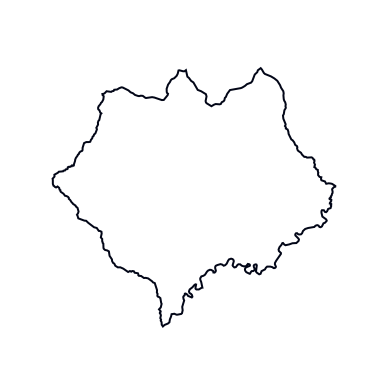 the district of Balboa, Cauca, Colombia, rotated 15°
{"feature_id": "7082276B98120491021397", "entity_name": "Balboa", "entity_type": "district", "adm_level": 2, "iso_a3": "COL", "parent_name": "Colombia", "parent_adm1": "Cauca", "projection": "albers", "projection_center": [-77.202, 2.077], "detail": "fine", "context": "isolated", "style": "outline", "palette": "ink", "viewbox_px": 384, "rotation_deg": 15, "n_neighbors": 0, "source": "geoboundaries", "source_scale": "gbopen_adm2", "svg_char_len": 5996}
<svg xmlns="http://www.w3.org/2000/svg" viewBox="0 0 384 384"><g transform="rotate(15 192 192)"><path d="M88.0,116.2L83.4,116.8L82.2,119.0L81.3,120.0L80.1,120.5L80.6,121.6L81.7,122.1L82.0,122.6L82.4,125.6L81.8,128.3L81.0,129.5L80.8,130.8L79.6,133.4L79.5,135.1L80.1,136.4L81.5,137.1L82.8,139.0L84.1,139.5L83.6,140.6L83.8,146.5L83.3,147.2L83.1,149.2L83.8,151.2L83.0,154.8L83.9,155.9L83.9,156.5L83.5,160.4L82.5,161.8L82.5,163.2L81.7,164.3L81.7,166.0L80.9,167.8L80.7,169.8L79.6,170.4L77.0,171.1L75.1,172.7L74.9,177.6L75.4,179.8L75.3,180.6L73.7,181.9L73.0,183.1L72.8,184.7L72.1,185.5L72.1,186.3L71.0,189.2L70.8,191.0L71.0,192.2L70.8,195.8L71.0,197.0L70.7,197.3L69.3,197.3L69.2,198.3L67.9,198.7L67.6,199.4L66.1,199.7L65.6,200.4L65.9,201.7L65.4,202.3L64.1,202.9L63.7,204.1L62.3,204.7L62.1,205.4L58.1,206.9L57.4,208.2L54.6,210.9L55.2,212.7L53.9,215.3L54.4,216.2L55.5,220.2L56.6,221.8L57.3,221.9L58.1,222.5L59.5,222.8L60.7,221.5L62.6,222.4L63.6,224.1L64.4,224.3L64.7,225.3L65.2,225.8L68.3,226.9L70.3,228.5L71.8,228.4L73.5,228.8L74.5,229.5L74.8,230.5L76.3,231.2L78.5,233.2L79.3,233.5L80.0,234.2L83.1,235.3L83.5,236.0L85.5,236.9L87.5,240.3L87.4,242.0L86.8,243.8L87.4,244.3L89.0,246.9L95.5,247.5L97.2,247.2L99.7,248.6L106.5,251.4L109.3,251.4L112.0,253.7L113.0,253.5L114.8,253.8L115.5,255.5L115.7,259.5L117.4,260.6L118.0,262.8L118.6,263.5L118.8,264.2L119.7,264.8L121.0,269.0L121.5,269.7L123.0,270.5L125.3,270.4L127.1,270.9L128.9,275.0L132.1,277.8L132.7,279.4L134.1,280.9L135.5,281.3L137.0,283.1L139.9,284.0L142.2,283.3L145.4,283.8L151.0,285.8L152.5,284.4L153.9,284.7L154.7,283.8L156.3,283.6L157.5,284.8L160.8,284.5L161.6,285.6L161.7,286.3L162.3,286.7L164.6,286.3L167.8,287.5L169.6,286.9L172.0,286.8L176.6,288.6L177.7,289.4L179.6,289.6L183.6,295.8L184.1,298.2L185.1,299.3L185.4,301.3L186.1,301.9L187.1,301.9L188.9,302.7L190.9,307.0L191.6,307.9L191.7,311.6L190.5,313.9L192.6,315.3L192.7,316.0L192.2,316.5L192.2,317.1L192.4,317.6L193.3,318.1L193.9,319.3L194.0,322.0L195.2,323.4L195.1,324.4L196.3,325.6L197.1,328.0L198.7,329.4L199.9,327.5L202.8,325.3L203.9,323.7L203.6,320.7L204.0,317.7L203.9,315.3L206.4,314.2L208.7,314.5L209.8,314.2L213.1,312.6L213.7,311.7L213.6,308.7L212.3,305.5L212.5,298.8L211.6,297.7L210.7,295.7L210.9,294.7L211.6,293.7L211.4,292.2L211.7,291.8L212.4,291.8L213.9,292.3L215.1,293.4L219.1,293.9L219.5,293.1L218.7,291.6L217.7,290.8L215.8,290.2L214.9,289.1L214.8,288.4L215.0,286.7L217.1,283.9L218.4,281.2L219.2,280.3L219.9,280.3L220.2,284.0L220.7,284.7L221.5,285.0L223.8,284.4L226.2,281.9L226.8,281.7L224.2,276.6L222.7,274.6L222.3,273.2L222.9,271.1L224.8,269.9L226.0,268.5L227.1,265.0L227.9,263.7L229.4,262.5L230.7,262.3L233.0,262.9L233.5,264.2L234.7,264.0L235.4,262.8L235.4,261.8L234.0,259.4L233.8,257.9L234.1,257.1L235.4,256.0L238.2,254.3L240.0,254.3L241.7,255.0L243.0,254.1L244.1,252.2L244.6,249.2L245.2,247.5L247.0,246.3L248.6,246.3L249.9,247.2L250.3,248.3L250.2,252.3L250.8,253.0L252.4,253.9L253.8,253.2L254.9,250.5L255.6,249.8L257.3,249.4L259.1,250.3L261.3,250.4L263.4,249.7L264.6,247.0L266.2,247.0L266.9,247.6L266.9,248.4L263.6,250.9L263.1,252.3L263.2,253.2L263.7,254.2L265.2,255.4L268.8,256.1L269.2,255.9L269.6,254.0L270.1,253.0L271.6,252.5L272.6,251.4L272.3,249.9L271.1,248.3L270.7,247.3L271.0,246.2L272.3,245.4L273.0,245.4L273.6,246.2L274.4,252.3L275.4,253.1L278.2,254.1L279.4,253.3L279.7,250.4L282.5,247.9L283.0,246.0L283.9,244.6L287.0,243.8L289.3,243.8L290.4,244.4L291.6,244.1L292.3,243.2L292.4,242.5L290.8,240.4L290.5,239.1L291.1,236.6L293.9,228.8L293.7,227.9L291.2,226.5L290.5,225.1L290.8,222.6L292.1,219.8L292.5,218.0L293.1,217.7L294.8,218.9L296.1,219.2L299.4,217.5L302.3,215.5L306.0,214.3L307.6,211.7L307.6,210.2L307.0,209.5L303.1,207.2L302.7,206.1L303.2,204.9L304.2,204.6L305.4,205.3L306.5,205.3L308.2,204.7L309.0,203.4L309.3,200.9L310.9,198.4L313.5,196.7L319.2,194.1L320.0,192.6L321.5,191.6L322.9,191.7L324.2,192.8L325.4,192.7L326.4,191.6L327.1,188.2L328.3,187.4L329.5,185.3L329.5,184.6L328.4,183.6L324.3,182.0L322.4,178.5L322.0,176.9L322.3,175.9L324.1,175.5L325.5,176.8L326.7,176.8L327.5,175.6L327.9,173.1L330.0,171.7L330.1,169.4L329.5,168.8L329.7,167.6L328.9,167.1L328.1,167.4L328.0,167.0L328.8,164.6L328.6,163.5L326.8,163.3L326.5,162.8L326.6,162.3L327.6,161.4L327.2,160.3L327.8,159.3L327.7,157.7L328.0,156.6L327.7,155.2L326.7,153.3L326.7,152.6L327.9,150.5L329.0,149.8L328.9,149.1L325.3,147.9L324.0,147.9L321.8,148.2L319.5,149.3L317.7,147.4L314.0,147.2L313.2,146.0L313.1,144.3L311.3,144.4L309.5,143.1L309.0,141.6L309.0,140.6L308.4,139.9L307.8,138.1L306.1,137.8L305.2,136.8L303.8,136.3L304.0,135.8L303.6,135.3L303.8,133.9L302.3,132.0L302.3,130.3L301.7,129.1L301.1,129.2L299.5,127.8L298.5,127.6L294.2,129.0L292.8,128.6L291.4,129.0L288.6,127.4L287.1,125.9L284.0,124.8L283.1,124.1L282.1,122.4L282.2,121.5L281.5,120.5L279.4,119.7L277.9,117.6L275.8,116.0L274.3,115.5L270.3,110.9L269.4,108.7L268.2,106.9L266.2,106.4L266.0,105.3L264.7,104.2L265.0,103.2L264.9,102.3L261.3,97.6L260.1,94.6L260.5,93.0L260.1,89.1L260.8,86.9L260.7,86.0L260.1,85.0L259.9,83.2L258.8,81.2L257.5,80.0L256.6,78.6L255.3,75.0L255.0,72.9L254.1,71.0L251.0,68.2L249.4,66.0L245.6,62.5L242.2,61.0L238.4,59.9L231.9,59.1L230.6,58.4L227.8,55.6L226.3,54.6L224.1,57.4L224.0,59.4L222.2,62.3L221.5,69.4L220.7,71.1L217.2,73.6L215.7,75.8L213.5,78.1L212.3,79.0L202.3,83.7L200.6,88.0L200.1,91.5L199.4,92.6L199.5,95.1L199.0,96.2L197.5,97.6L197.0,99.6L195.9,100.2L192.1,100.9L190.7,101.9L188.6,104.1L183.2,102.5L182.3,101.9L181.6,100.6L181.3,95.9L180.1,93.9L174.7,92.3L171.1,91.9L165.0,85.8L162.4,84.9L159.5,82.6L157.7,81.8L154.6,75.9L153.5,77.3L152.0,77.7L148.3,77.7L147.5,78.1L147.6,81.5L147.1,83.8L145.4,86.7L143.3,88.3L142.6,89.5L142.3,91.3L141.1,94.5L140.8,98.9L141.7,101.9L142.3,102.8L143.4,103.3L143.4,104.8L140.9,110.4L139.1,111.0L131.2,110.5L128.9,110.7L123.3,113.1L122.6,113.1L119.6,111.9L117.7,112.2L116.1,113.1L114.9,113.2L111.8,113.0L109.4,111.9L106.9,111.6L104.3,110.3L98.0,109.0L96.7,109.2L94.9,110.5L93.1,112.4L90.4,113.4L90.1,114.7L88.8,115.3L88.0,116.2Z" fill="none" stroke="#020617" stroke-width="2"/></g></svg>